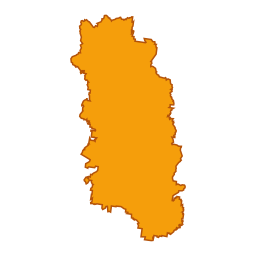 Somerset, Queensland, Australia (Natural Earth projection)
{"feature_id": "25037944B77651628616749", "entity_name": "Somerset", "entity_type": "district", "adm_level": 2, "iso_a3": "AUS", "parent_name": "Australia", "parent_adm1": "Queensland", "projection": "natural_earth1", "projection_center": [152.451, -27.012], "detail": "fine", "context": "isolated", "style": "filled", "palette": "amber", "viewbox_px": 256, "rotation_deg": 0, "n_neighbors": 0, "source": "geoboundaries", "source_scale": "gbopen_adm2", "svg_char_len": 5748}
<svg xmlns="http://www.w3.org/2000/svg" viewBox="0 0 256 256"><path d="M183.7,189.9L183.8,188.7L185.0,187.8L185.1,186.2L184.5,185.1L182.1,184.8L180.9,185.5L177.9,184.0L176.3,184.6L176.4,181.5L173.2,180.9L172.5,178.7L172.5,176.9L174.3,174.4L174.1,173.2L176.0,171.2L175.7,169.9L176.2,168.5L175.9,166.6L176.2,165.8L178.7,162.5L180.4,161.3L180.5,160.4L181.2,160.2L180.5,158.6L182.2,156.0L180.3,150.2L180.7,147.5L181.2,147.3L181.4,146.3L178.6,146.2L176.9,145.0L173.9,144.3L172.1,144.6L171.7,143.4L173.5,142.2L173.0,139.2L171.9,137.1L174.8,137.5L174.8,136.8L174.4,137.2L173.8,136.7L173.8,135.4L175.3,134.2L175.2,132.4L176.0,131.9L176.2,130.6L174.9,128.1L175.1,127.5L172.8,124.2L173.1,123.0L173.6,123.1L173.8,122.5L173.3,122.5L173.4,121.4L172.8,121.7L172.3,121.3L172.3,120.0L173.2,118.7L170.9,118.6L169.7,119.4L169.4,118.7L170.2,117.4L168.6,116.8L168.5,116.3L167.5,116.6L167.9,115.3L169.3,115.4L169.7,114.2L170.2,114.3L170.2,113.6L170.8,113.2L170.5,111.2L171.1,110.0L171.7,110.2L171.9,109.2L173.5,108.2L169.1,107.5L170.1,106.7L170.2,104.7L173.7,104.9L173.9,103.8L173.6,101.7L173.0,101.4L173.4,100.6L171.7,98.8L171.9,98.1L171.5,96.9L170.9,96.9L170.4,95.8L170.8,94.4L170.0,93.3L170.2,92.6L172.0,91.5L171.7,90.6L172.1,89.8L170.9,89.3L172.1,88.6L172.5,87.3L172.0,86.7L172.1,84.7L171.0,84.2L170.5,83.3L170.2,79.9L168.0,78.9L166.3,80.0L166.0,78.2L165.5,77.6L164.4,78.2L159.3,76.8L158.6,75.1L157.4,74.7L156.2,73.3L156.0,72.4L156.7,71.9L156.1,71.4L155.5,68.4L153.1,66.6L151.8,66.2L150.8,66.6L150.8,64.7L151.9,63.1L151.5,62.6L151.6,61.3L151.0,61.3L156.1,54.2L156.9,47.8L156.3,47.8L155.8,45.1L156.3,44.4L154.6,44.1L155.0,43.5L154.8,41.8L152.7,41.6L151.3,39.5L144.2,38.5L144.8,40.5L146.0,42.3L145.5,42.7L135.0,41.2L135.3,39.2L133.7,38.9L134.0,36.6L132.2,36.3L132.7,34.2L132.3,34.1L133.1,33.8L133.8,31.1L132.8,30.5L132.7,31.5L131.6,32.5L131.5,29.7L132.1,28.9L132.1,27.2L132.9,26.1L133.5,21.7L133.0,22.3L132.0,22.1L132.7,16.9L131.6,16.9L131.3,17.5L129.6,17.7L129.0,18.3L127.5,17.7L126.0,19.6L125.3,19.0L123.9,20.1L123.2,19.3L121.6,19.3L120.6,17.3L119.6,17.5L118.9,18.1L116.1,18.5L115.3,19.3L112.0,20.3L111.5,21.0L110.7,19.4L109.5,18.6L109.6,18.0L108.4,17.8L107.8,16.6L106.4,15.4L105.1,15.4L104.4,15.6L104.0,17.8L103.3,18.7L101.9,18.9L102.0,20.1L101.0,21.8L97.0,23.4L97.8,24.0L97.3,26.4L95.6,25.7L94.3,27.5L93.3,27.2L89.4,21.9L88.6,21.7L86.5,19.7L85.5,20.4L84.7,19.8L84.4,20.9L83.7,21.4L82.3,20.6L81.3,20.9L80.8,22.4L81.5,23.9L81.0,25.0L79.6,26.2L79.9,28.6L80.7,29.3L79.8,31.2L80.4,32.0L80.1,33.0L81.4,37.1L80.6,40.7L82.6,43.6L80.4,45.1L81.4,47.9L80.1,50.5L80.5,52.8L78.6,52.6L78.4,53.8L76.6,54.7L76.3,55.2L72.3,56.7L70.9,58.8L71.3,62.2L72.5,62.9L72.8,64.6L75.5,65.8L75.2,66.3L75.8,67.1L77.6,66.6L81.1,71.3L80.4,72.1L80.9,73.5L83.1,72.4L82.2,71.4L82.2,70.7L84.2,70.7L83.9,73.3L86.1,73.7L84.7,75.9L85.1,76.7L84.7,79.0L85.9,80.3L86.8,79.9L88.6,82.1L87.8,82.2L87.7,84.4L87.2,84.7L88.2,87.2L87.8,89.6L90.4,90.1L90.1,93.0L89.2,92.8L88.9,94.7L89.5,95.6L89.5,99.6L90.2,100.9L87.5,100.5L87.0,99.9L87.2,98.9L86.6,98.8L86.3,99.6L84.5,100.2L83.3,101.3L81.7,105.0L81.8,105.5L82.3,105.0L82.6,105.6L83.3,105.3L83.7,106.4L82.7,107.7L82.6,110.5L83.0,110.9L80.1,114.4L79.7,116.4L81.3,118.3L83.8,118.8L84.0,119.8L84.8,119.5L86.2,120.1L86.8,119.3L87.0,121.5L88.0,120.8L89.3,121.1L89.1,121.7L87.9,122.0L88.7,122.4L89.4,122.1L89.6,122.7L87.7,123.5L87.9,124.0L90.2,124.4L89.9,127.0L91.8,127.3L91.9,128.4L95.1,129.3L95.6,130.1L95.3,130.9L91.0,130.2L90.9,131.1L92.0,131.2L91.3,137.0L96.7,137.9L96.2,138.5L95.4,138.0L95.9,139.0L94.6,139.6L95.3,140.9L95.1,141.4L94.6,140.8L90.7,140.2L89.7,138.0L88.8,143.0L89.2,143.8L88.3,143.8L88.4,144.4L88.0,144.6L88.3,145.2L85.0,147.6L84.8,148.5L84.4,148.4L84.1,149.2L84.4,149.6L83.5,149.7L83.5,150.2L82.8,150.6L82.3,152.5L81.1,154.2L90.2,159.7L89.7,161.1L88.8,162.0L85.7,163.7L85.3,167.2L87.7,168.2L87.7,167.6L88.8,166.9L94.7,167.7L95.6,166.2L98.2,166.7L97.7,170.4L96.4,171.7L93.6,173.1L92.4,174.0L92.3,174.7L90.6,174.4L90.3,177.0L89.0,176.4L87.5,176.8L88.6,178.1L88.3,178.8L87.3,177.8L85.9,177.3L84.1,179.9L84.5,181.0L85.3,181.4L86.2,183.9L87.7,183.0L89.5,180.1L91.6,180.5L91.2,181.1L91.6,182.6L92.4,184.2L93.2,184.5L92.6,185.2L92.1,187.5L90.9,188.3L90.5,190.2L92.4,190.5L92.0,194.4L91.5,194.3L90.7,199.4L92.4,198.1L91.9,201.8L90.7,202.5L90.8,203.6L92.5,203.5L94.2,204.4L94.8,203.9L95.7,204.3L96.8,203.8L102.3,204.7L101.9,208.1L102.7,209.5L105.3,208.1L106.0,206.5L107.4,206.3L107.9,211.7L109.5,211.4L110.6,212.1L111.4,206.0L116.0,206.7L116.2,206.1L121.1,206.6L124.0,208.7L125.8,209.3L125.5,212.0L127.9,212.3L127.8,213.2L127.1,213.6L131.5,214.3L131.5,217.9L133.1,218.1L133.0,219.0L134.1,219.8L134.2,219.1L136.7,220.2L138.9,223.0L137.6,223.7L138.5,225.6L137.9,228.0L142.1,228.7L141.0,236.8L145.3,236.9L144.5,239.7L151.3,240.6L153.0,240.4L153.5,238.1L152.8,238.0L152.9,237.2L153.7,237.3L153.9,235.5L157.1,236.1L157.0,236.9L158.4,237.4L158.9,236.7L159.4,237.2L159.1,236.4L159.6,236.0L161.7,236.4L161.9,235.6L166.9,236.6L167.4,233.0L168.0,233.5L168.8,232.9L169.4,233.8L169.9,233.4L170.6,234.3L173.8,231.6L174.1,229.9L174.2,230.4L175.5,229.5L175.9,230.0L176.6,229.5L176.2,229.1L176.6,227.7L177.6,228.4L178.0,227.9L180.1,227.6L180.1,226.7L178.9,225.8L179.1,224.8L180.0,224.4L180.6,225.5L181.9,225.3L182.1,223.9L182.6,224.0L182.2,223.0L182.8,221.6L182.3,221.5L182.7,220.6L181.9,220.8L181.9,218.5L182.9,218.4L183.5,214.5L183.1,214.4L183.3,213.7L182.7,213.6L182.9,211.8L182.4,211.8L183.5,210.9L183.6,209.4L183.2,209.3L183.5,207.7L182.5,207.5L182.6,204.6L181.1,205.4L181.7,200.9L180.9,200.7L181.1,199.5L179.3,199.2L179.6,197.0L176.9,196.5L176.7,197.6L175.6,197.4L175.5,198.4L174.3,198.2L174.0,200.2L173.4,200.1L173.3,200.8L172.2,200.6L172.9,195.9L174.1,194.9L178.5,192.3L178.8,190.8L182.1,190.8L183.7,189.9Z" fill="#f59e0b" stroke="#b45309" stroke-width="1.5"/></svg>